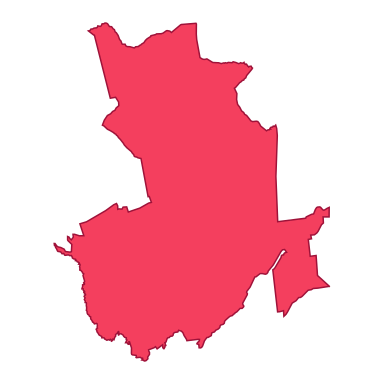 the district of Bau Bang, Bình Dương, Vietnam
{"feature_id": "81297802B44215588050468", "entity_name": "Bau Bang", "entity_type": "district", "adm_level": 2, "iso_a3": "VNM", "parent_name": "Vietnam", "parent_adm1": "Bình Dương", "projection": "natural_earth1", "projection_center": [106.592, 11.27], "detail": "fine", "context": "isolated", "style": "filled", "palette": "rose", "viewbox_px": 384, "rotation_deg": 0, "n_neighbors": 0, "source": "geoboundaries", "source_scale": "gbopen_adm2", "svg_char_len": 5902}
<svg xmlns="http://www.w3.org/2000/svg" viewBox="0 0 384 384"><path d="M329.8,286.7L317.5,275.5L316.1,255.5L310.2,256.3L308.3,239.4L311.5,238.8L310.7,235.1L314.4,234.8L316.8,233.0L318.1,231.3L321.5,224.7L323.4,223.0L323.1,216.9L329.1,216.9L329.2,207.4L327.2,208.3L324.5,210.0L323.7,210.2L322.7,209.7L320.5,207.2L319.6,206.9L317.5,207.1L316.6,207.6L315.4,209.4L313.6,213.9L311.6,214.3L306.2,216.9L305.7,218.2L277.7,221.7L275.9,176.4L277.3,135.6L276.7,128.5L275.7,125.1L274.5,126.4L273.2,126.1L272.6,127.1L271.1,127.2L270.0,128.3L270.6,129.1L269.8,129.2L269.5,129.7L267.9,129.9L266.5,130.8L260.7,126.1L259.3,123.4L257.8,121.5L256.3,121.2L252.6,121.6L250.9,120.9L246.6,115.4L244.7,114.4L243.7,112.5L241.6,110.9L239.8,107.3L237.6,104.4L236.6,99.5L236.9,93.6L234.4,88.2L235.6,87.4L239.6,82.7L241.2,81.7L242.4,80.4L243.7,80.1L244.3,78.9L245.8,77.8L246.6,75.6L251.9,69.2L252.5,68.1L251.7,67.4L251.2,66.2L250.1,66.2L248.7,66.9L248.6,66.5L247.9,66.3L246.5,64.1L245.2,64.4L244.7,63.4L244.2,63.3L244.0,62.4L243.0,63.1L241.8,63.2L240.7,62.7L239.7,63.3L238.5,63.6L235.9,62.5L233.1,61.8L232.1,62.7L228.2,62.4L226.9,63.1L225.2,62.7L224.5,63.2L223.8,62.9L221.2,63.6L218.8,62.8L212.8,62.5L206.9,58.9L204.9,59.4L203.3,59.3L202.3,59.0L200.0,57.6L196.7,39.6L196.3,34.1L196.4,24.0L196.0,23.3L181.3,24.5L180.5,24.9L171.4,32.5L169.8,31.1L167.1,30.6L166.3,30.8L163.1,33.1L161.2,33.7L156.5,33.9L155.5,34.6L150.9,35.7L150.7,36.5L147.3,38.6L145.4,40.4L143.9,42.7L141.7,44.0L140.7,45.0L139.4,45.5L138.5,46.5L135.5,46.8L134.6,47.8L134.2,47.9L129.9,46.7L127.2,46.6L125.8,45.8L125.1,44.2L122.4,44.2L122.0,43.9L120.9,40.9L119.6,39.5L118.1,35.4L116.3,32.7L115.1,31.8L114.4,29.6L113.2,28.9L111.6,26.7L109.4,26.5L107.6,23.8L106.6,23.2L105.0,23.0L103.7,23.8L102.1,23.8L101.3,25.7L100.4,26.4L97.8,25.9L97.4,27.1L96.7,27.8L94.0,28.1L92.5,29.0L91.0,29.0L90.1,30.4L88.4,30.9L93.8,35.1L94.4,35.2L110.3,98.2L115.6,97.3L118.6,102.0L118.8,105.7L116.2,107.9L114.9,110.3L112.6,111.5L110.6,113.8L107.4,115.5L104.3,120.2L102.4,125.2L103.9,125.9L107.4,129.2L110.2,130.6L113.9,132.8L114.2,133.4L116.0,134.3L116.4,135.2L117.6,136.0L118.4,137.5L120.3,139.4L123.3,143.2L124.4,145.1L127.1,148.0L131.4,151.6L132.2,153.0L133.7,154.6L134.3,156.3L135.2,156.8L136.6,157.0L137.9,157.8L141.0,158.5L148.1,196.7L149.3,196.5L151.4,202.4L148.6,203.1L139.8,208.1L128.3,212.0L126.7,206.9L123.1,207.1L122.0,209.1L119.1,208.9L117.8,209.3L117.7,205.9L116.5,203.5L113.8,204.7L105.7,210.6L86.5,221.8L79.9,223.8L83.8,235.7L79.4,235.8L74.6,234.3L73.0,234.3L73.3,237.2L71.3,239.8L70.1,238.9L69.0,237.1L67.6,236.5L67.6,239.9L68.0,240.7L71.8,244.4L71.4,251.7L69.9,252.1L65.4,251.5L64.2,249.2L60.8,247.5L58.1,246.9L56.9,246.1L55.0,243.5L54.2,243.5L54.5,245.6L55.6,246.3L55.6,247.6L56.3,248.3L57.4,250.8L57.9,251.4L60.7,251.9L62.1,253.8L63.7,253.4L64.6,255.1L65.3,255.3L68.4,254.9L69.9,255.7L71.4,255.5L72.1,256.8L72.4,258.0L73.7,258.9L75.6,259.3L75.8,259.7L75.4,260.6L76.6,260.8L77.3,261.9L78.3,262.1L78.8,262.9L79.2,262.9L79.3,263.4L78.7,264.2L80.0,264.4L80.0,265.5L79.5,266.6L79.9,267.8L79.8,270.1L80.8,270.4L82.2,271.9L82.5,272.9L83.7,273.8L83.0,275.5L84.6,281.1L84.6,281.6L83.6,282.8L83.7,283.1L84.4,283.4L84.5,284.1L84.2,284.5L82.6,284.8L82.6,286.6L81.9,288.7L81.9,288.9L83.1,288.8L83.3,290.4L84.3,291.0L84.6,291.6L83.8,292.0L83.8,292.4L84.8,293.2L84.5,293.9L85.5,294.4L85.5,294.9L84.2,296.1L84.1,296.5L85.1,297.8L84.3,299.6L85.3,301.0L85.1,302.5L86.3,302.7L86.4,303.1L86.3,306.0L86.6,306.7L86.6,309.4L86.3,310.2L87.1,311.4L87.1,312.9L87.8,314.4L88.8,314.9L89.5,316.4L90.6,316.7L90.7,318.9L92.0,320.6L92.6,322.1L93.4,322.3L94.4,323.9L96.6,323.4L97.1,323.7L97.4,325.8L97.1,327.2L97.5,328.1L96.2,329.1L96.2,329.6L96.8,330.3L97.0,331.9L97.5,332.3L99.1,335.0L101.8,336.5L101.8,337.8L103.9,337.8L104.3,338.0L104.6,339.0L105.6,339.3L106.4,340.1L107.1,340.2L108.2,339.6L109.6,340.1L110.2,339.3L110.7,339.3L111.2,339.7L111.2,340.9L111.6,341.2L112.6,340.3L113.0,339.1L114.0,339.7L114.7,337.4L115.7,336.1L115.6,334.6L117.4,333.0L118.0,331.9L118.6,331.6L118.9,332.3L118.1,333.6L118.5,335.0L118.9,334.9L119.4,333.9L121.2,333.8L123.3,335.3L123.6,336.2L124.7,337.3L126.3,337.8L126.2,339.5L126.9,340.0L125.6,342.7L127.0,342.7L128.2,344.3L129.0,344.2L129.1,343.2L128.9,341.8L129.5,341.8L131.5,347.9L131.4,353.2L131.7,354.4L132.5,354.9L136.2,355.4L136.4,356.2L136.0,357.4L136.4,357.7L140.2,357.3L141.5,358.2L142.6,358.2L142.7,358.8L141.8,360.0L143.4,360.2L144.1,360.9L144.8,361.0L146.1,360.6L147.9,358.8L147.7,357.0L149.5,354.4L149.5,352.3L148.8,351.2L148.6,349.8L154.0,347.8L155.5,346.7L157.1,348.9L162.6,344.8L162.8,347.6L163.5,348.6L164.0,348.7L164.9,347.1L165.1,345.7L165.8,345.5L164.9,342.6L165.6,342.4L166.1,341.7L167.0,338.9L167.6,337.9L169.3,337.5L170.3,336.3L172.2,336.1L173.0,335.4L173.5,333.4L173.9,333.0L174.9,332.4L177.8,332.0L178.6,330.3L181.5,331.2L183.0,332.9L184.1,335.6L186.4,339.2L186.9,340.7L198.3,339.3L199.5,339.4L199.2,340.9L197.3,342.9L196.9,343.8L198.8,344.6L199.1,347.8L200.7,347.9L201.7,347.3L202.6,346.0L204.5,340.8L206.9,337.5L208.1,337.4L211.3,335.6L211.7,333.2L212.1,332.7L214.5,331.9L215.8,330.2L218.3,329.0L219.6,327.7L220.0,326.9L220.0,326.0L220.8,325.0L223.2,324.3L224.3,323.2L224.6,321.3L225.6,320.1L228.7,317.3L230.1,316.2L232.5,315.5L233.4,314.3L234.7,313.6L235.1,312.8L236.8,311.9L240.1,308.4L242.1,308.4L243.5,307.0L243.8,306.5L243.7,305.8L242.9,304.6L242.7,303.2L247.2,294.8L247.4,293.7L246.6,292.4L246.8,291.4L250.1,287.1L254.8,277.0L256.2,276.7L260.1,273.6L262.4,273.6L265.3,274.2L266.7,273.8L267.8,272.5L268.2,271.1L273.3,264.9L281.0,251.5L282.5,249.8L284.6,249.5L286.6,252.3L284.5,253.0L283.9,253.9L283.6,254.9L282.4,255.0L281.5,255.5L281.0,257.6L275.1,267.6L274.3,268.7L272.8,269.8L277.6,311.9L279.8,311.7L283.5,310.7L283.9,316.3L286.0,314.3L287.6,311.8L292.2,303.1L296.1,300.7L298.6,297.6L300.6,297.4L302.2,296.3L308.2,290.2L311.3,289.7L313.2,288.5L318.0,288.1L329.0,286.4L329.8,286.7Z" fill="#f43f5e" stroke="#9f1239" stroke-width="1.5"/></svg>